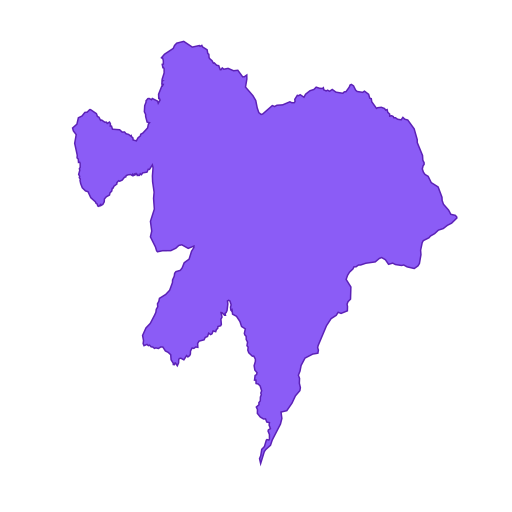 the district of El Dovio, Valle del Cauca, Colombia, rotated 186°
{"feature_id": "7082276B38814266492224", "entity_name": "El Dovio", "entity_type": "district", "adm_level": 2, "iso_a3": "COL", "parent_name": "Colombia", "parent_adm1": "Valle del Cauca", "projection": "equal_earth", "projection_center": [-76.261, 4.561], "detail": "fine", "context": "isolated", "style": "filled", "palette": "violet", "viewbox_px": 512, "rotation_deg": 186, "n_neighbors": 0, "source": "geoboundaries", "source_scale": "gbopen_adm2", "svg_char_len": 6114}
<svg xmlns="http://www.w3.org/2000/svg" viewBox="0 0 512 512"><g transform="rotate(186 256 256)"><path d="M284.1,435.0L286.4,433.0L288.0,432.8L293.5,438.8L297.7,437.9L303.4,439.7L307.5,438.4L309.2,439.5L310.3,437.6L311.0,437.5L313.0,441.4L315.1,441.6L317.7,443.7L318.5,443.3L320.2,445.7L322.4,447.2L323.4,448.3L324.0,451.7L325.1,452.3L326.2,456.0L331.1,458.4L331.9,459.8L333.6,458.7L334.3,459.4L341.2,457.1L350.3,461.9L357.1,459.4L359.0,456.9L360.0,453.8L368.1,447.1L371.2,442.6L370.5,443.4L369.6,443.2L368.6,440.6L368.2,437.2L369.3,436.8L368.3,433.6L367.8,433.8L367.0,432.7L366.5,428.5L367.8,422.1L367.8,420.4L367.2,420.4L367.7,420.0L367.6,417.1L366.2,417.0L366.9,415.2L367.4,415.3L369.8,406.7L369.2,402.5L368.6,402.7L367.7,401.0L369.2,397.7L370.0,399.7L375.6,401.8L376.3,400.5L378.8,401.5L380.0,401.2L381.6,398.8L381.4,397.6L382.4,393.9L382.1,387.8L380.6,385.3L380.3,383.1L378.3,377.8L375.8,377.4L376.8,375.9L377.2,372.0L381.4,366.4L383.4,365.0L383.5,363.4L385.7,361.2L387.0,358.0L390.3,358.5L390.8,360.6L392.4,361.8L392.7,362.8L393.4,362.3L395.4,363.6L398.0,364.0L399.7,365.6L402.0,365.2L404.8,367.3L412.0,367.1L413.3,370.1L414.5,370.0L414.6,372.3L415.7,373.9L417.8,372.3L418.8,373.5L420.3,373.2L423.7,375.1L424.7,374.6L426.7,377.6L428.3,378.2L429.6,380.9L435.9,384.3L436.7,384.2L438.9,381.4L441.2,380.9L443.7,377.0L447.1,374.9L447.9,368.4L451.8,364.1L450.7,361.3L447.5,357.9L448.1,349.1L444.3,337.5L444.2,334.9L442.9,333.8L442.3,330.5L441.2,330.8L440.6,329.8L440.1,325.8L440.8,324.3L440.2,323.0L440.9,318.6L439.7,316.9L439.9,315.4L438.8,314.2L438.9,312.7L437.9,309.6L435.9,305.7L432.4,302.9L429.8,302.4L426.4,296.7L421.4,293.1L420.6,291.7L419.2,290.9L418.7,289.3L417.5,288.9L415.9,290.9L415.6,289.9L413.7,291.3L412.6,294.0L412.7,296.9L411.0,299.3L408.1,301.3L407.8,303.6L406.3,305.4L406.0,308.3L405.1,308.7L404.7,310.4L401.9,313.1L402.1,314.3L400.5,316.5L399.4,316.1L397.0,317.5L395.0,320.6L393.8,321.0L393.5,322.4L391.7,323.4L389.2,323.9L387.7,323.2L387.3,324.2L386.6,323.0L385.1,323.9L385.8,324.4L385.6,324.9L384.0,324.6L384.0,326.1L383.2,324.5L382.3,324.7L382.3,323.7L380.3,324.0L379.7,325.7L378.4,324.9L377.4,326.8L373.2,328.0L372.2,331.0L371.0,331.0L368.6,335.8L367.6,332.9L367.4,324.8L366.6,319.1L364.0,308.8L363.9,302.6L362.0,292.0L364.6,279.4L362.3,269.9L363.0,264.0L356.9,254.4L355.4,250.8L354.4,249.9L349.5,251.5L341.3,252.4L336.5,255.4L333.9,258.4L331.0,259.4L324.2,256.5L318.8,259.4L318.7,257.8L320.6,254.0L322.2,245.9L326.7,241.8L328.2,236.4L329.8,233.8L334.0,232.1L335.1,230.3L335.2,227.4L336.5,223.4L336.3,220.8L338.3,212.9L341.7,208.4L347.6,203.8L347.9,200.7L349.0,198.2L348.4,195.2L349.6,192.6L349.7,189.5L350.7,186.5L354.1,177.9L357.9,173.0L360.5,165.1L359.0,160.1L359.1,157.1L358.0,155.1L355.2,156.7L353.7,155.6L352.5,156.2L350.8,154.7L349.2,154.7L347.3,153.5L346.0,154.2L343.4,153.8L341.2,155.6L339.1,155.7L336.2,152.1L333.3,151.0L330.5,148.9L329.6,143.9L327.1,140.7L326.9,139.4L325.8,139.4L325.4,141.1L324.9,141.2L322.8,138.6L321.8,141.6L322.0,145.0L321.5,146.0L320.1,146.5L316.9,145.2L314.6,149.7L313.2,148.5L311.6,150.0L311.0,151.6L311.2,154.7L309.9,157.8L308.2,157.6L306.4,159.2L304.3,159.1L304.9,163.0L303.7,165.4L298.9,167.2L298.0,169.7L295.8,170.9L295.0,174.3L292.9,173.1L291.6,174.1L290.8,177.0L288.2,176.5L287.7,178.7L286.5,180.0L286.5,181.9L283.9,182.9L283.3,184.3L284.3,189.5L283.4,191.7L284.9,196.1L283.9,196.1L281.1,193.8L280.2,193.9L280.8,195.7L279.8,196.6L279.1,198.8L279.0,205.4L279.7,208.3L278.6,209.1L277.2,208.5L275.6,204.8L276.0,202.5L275.4,199.7L274.3,198.5L274.1,199.1L274.9,199.4L274.3,200.1L273.2,195.7L269.1,194.0L265.1,189.1L263.0,184.4L259.0,182.4L259.5,177.8L258.9,176.4L257.4,175.1L257.0,171.9L255.4,169.5L255.6,165.8L254.3,164.5L254.3,161.5L253.1,159.0L249.2,156.0L247.8,156.2L245.9,153.5L245.6,151.2L246.4,146.7L245.2,142.4L242.8,140.1L243.0,138.2L244.4,137.1L244.5,132.4L243.1,132.6L242.6,129.2L240.4,128.9L238.3,127.2L236.3,122.5L236.9,120.2L236.2,118.7L236.9,116.2L236.6,112.4L237.8,110.5L237.5,108.4L239.9,105.8L238.5,103.5L238.2,99.6L234.9,96.3L231.5,94.7L229.5,95.0L227.9,92.0L225.2,91.7L225.3,89.2L223.6,85.8L225.5,84.4L225.7,83.1L224.0,79.9L223.5,75.3L224.0,74.3L225.9,74.6L226.5,73.9L227.7,67.4L230.1,64.3L230.4,57.9L231.3,54.9L229.7,50.1L227.3,62.3L226.1,64.5L221.8,69.3L220.6,74.7L214.1,91.4L213.3,97.2L214.8,103.4L209.2,105.4L204.8,113.5L202.2,121.0L198.3,126.7L198.1,129.7L199.6,134.0L199.9,138.8L201.4,141.9L200.2,146.2L199.7,151.9L196.6,159.6L189.3,164.4L184.3,165.8L184.1,168.9L185.1,171.3L184.9,173.3L178.6,194.1L174.8,201.5L170.0,205.4L168.4,208.6L165.4,207.8L159.4,211.0L159.7,215.3L160.4,217.6L159.7,220.2L157.5,223.0L158.4,235.1L163.9,242.1L162.9,246.4L161.3,249.7L158.3,253.2L157.4,255.5L155.4,255.7L153.2,257.7L151.0,258.0L146.0,260.3L136.8,262.6L133.2,266.4L130.9,267.6L126.9,265.8L123.3,261.6L119.3,263.2L116.5,262.1L110.2,261.8L108.2,262.5L104.6,261.0L97.3,260.1L93.9,263.1L92.7,265.6L92.1,274.5L92.9,279.0L92.1,286.7L91.2,288.8L85.9,292.2L84.6,294.1L80.7,296.9L77.3,300.8L72.6,302.9L68.9,306.5L64.9,309.1L60.2,314.8L60.5,315.9L62.1,317.3L66.6,317.8L69.2,321.7L75.0,327.1L76.7,330.7L77.2,333.9L82.1,343.7L89.4,347.3L93.1,353.2L96.5,354.8L98.3,356.9L99.7,360.0L99.3,363.0L98.4,364.7L98.6,366.4L100.1,368.7L100.9,373.4L107.5,385.7L107.8,388.5L112.0,399.0L119.3,407.1L122.3,407.6L124.4,409.2L125.9,406.6L129.5,406.8L131.8,408.1L133.4,407.9L134.0,409.0L135.8,409.7L137.6,409.1L137.9,411.1L140.0,412.7L140.9,415.3L142.2,414.6L143.6,416.1L146.9,417.0L150.5,416.2L151.6,415.4L157.0,421.5L157.8,424.5L159.4,424.9L160.9,428.6L165.4,431.3L167.0,429.9L172.6,430.2L174.2,431.3L176.8,435.4L179.1,436.6L180.3,435.9L180.9,433.7L183.7,428.8L185.3,428.5L186.7,426.9L193.6,427.3L197.6,429.6L200.1,427.5L202.1,428.4L203.5,427.5L205.9,428.3L206.6,430.4L207.4,429.6L210.1,429.4L213.8,430.2L215.8,427.7L219.6,426.0L223.6,422.1L224.9,418.9L228.9,421.0L230.4,419.9L231.7,420.1L233.8,415.9L233.3,413.7L234.1,412.4L236.6,412.2L238.4,412.9L245.3,409.1L251.0,408.1L253.1,406.6L255.5,407.3L264.2,397.9L265.7,397.3L268.2,398.9L270.3,403.5L272.5,410.6L275.8,415.1L284.1,422.9L283.6,431.0L284.1,435.0Z" fill="#8b5cf6" stroke="#5b21b6" stroke-width="1.5"/></g></svg>